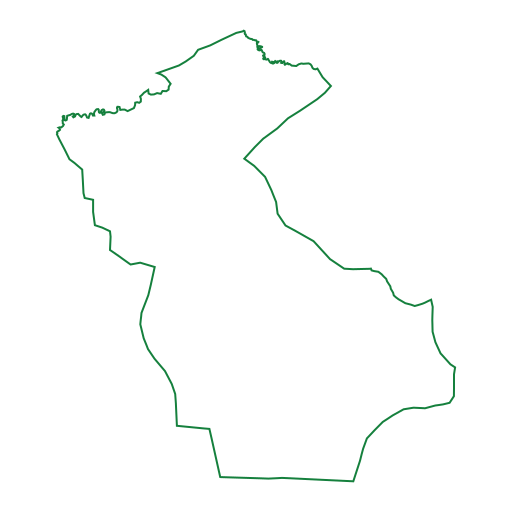 Puncak, Papua, Indonesia (Albers equal-area conic projection)
{"feature_id": "22746128B1222572676249", "entity_name": "Puncak", "entity_type": "district", "adm_level": 2, "iso_a3": "IDN", "parent_name": "Indonesia", "parent_adm1": "Papua", "projection": "albers", "projection_center": [137.288, -3.568], "detail": "fine", "context": "isolated", "style": "outline", "palette": "green", "viewbox_px": 512, "rotation_deg": 0, "n_neighbors": 0, "source": "geoboundaries", "source_scale": "gbopen_adm2", "svg_char_len": 5013}
<svg xmlns="http://www.w3.org/2000/svg" viewBox="0 0 512 512"><path d="M171.3,383.1L171.8,384.1L175.2,394.0L175.9,403.7L175.9,404.0L176.9,425.8L203.5,428.4L209.4,428.9L211.6,438.5L220.2,477.0L220.8,477.1L260.2,478.3L268.5,478.6L276.9,478.2L282.0,477.9L290.9,478.3L321.8,479.8L353.3,481.3L359.8,461.4L360.3,459.6L361.7,454.0L363.1,448.8L366.9,438.4L374.6,430.2L382.8,421.9L387.6,418.8L392.7,415.4L403.6,409.3L413.5,407.7L424.1,408.2L424.9,408.3L435.3,405.5L438.3,405.1L443.0,404.4L449.6,402.8L453.9,396.2L454.0,388.5L454.0,374.3L455.1,367.4L450.4,364.3L447.0,360.5L443.4,356.5L441.5,354.4L440.6,353.5L435.4,342.2L433.8,336.2L432.6,331.8L432.5,328.5L432.4,323.8L432.3,320.2L432.4,315.9L432.7,306.9L431.1,299.7L428.5,300.9L424.9,302.7L422.5,303.7L418.0,305.1L414.7,306.0L410.8,304.6L405.3,303.2L401.4,300.9L398.6,299.3L395.9,297.3L393.8,295.4L393.1,292.7L390.8,288.8L390.3,286.3L387.1,281.4L386.2,278.9L383.5,276.3L381.7,274.3L378.4,271.8L374.2,271.1L371.6,270.4L370.9,268.6L369.8,268.8L353.0,269.2L344.2,268.7L331.2,259.9L330.1,259.2L313.6,241.2L295.6,231.0L285.5,225.5L277.6,213.7L276.1,202.0L273.2,194.8L271.4,190.2L265.1,176.9L254.2,165.9L244.3,158.7L254.9,147.0L263.2,138.7L275.4,129.8L277.2,128.5L288.0,118.3L300.1,110.7L304.7,107.6L317.2,99.2L324.9,92.8L330.9,86.0L322.6,77.2L317.4,68.6L315.6,69.3L313.8,69.0L312.7,68.1L312.2,67.2L311.6,65.7L310.5,64.3L308.7,63.4L307.3,63.5L303.2,63.8L301.7,63.5L300.9,63.6L299.7,64.0L298.7,64.3L297.4,65.2L296.3,66.0L294.9,65.9L294.1,65.8L291.7,65.6L290.8,64.9L290.0,64.3L289.6,64.0L289.1,64.0L288.7,64.3L288.2,64.2L287.8,63.9L287.7,63.2L287.4,63.1L287.0,63.5L286.1,63.9L285.3,64.6L284.8,64.7L284.5,64.2L284.8,63.3L284.6,62.8L284.4,62.2L284.2,61.3L283.8,61.3L283.3,61.8L282.8,62.4L282.4,63.0L281.7,63.0L281.1,62.8L281.6,61.9L281.2,60.8L280.9,60.7L279.8,60.8L279.3,61.0L278.7,61.5L277.9,61.4L277.9,62.3L277.6,62.7L277.0,62.9L276.1,62.2L276.0,61.5L275.2,61.0L274.2,62.1L274.3,63.0L273.0,63.6L272.2,63.3L272.7,62.6L272.8,61.9L272.0,61.7L271.8,62.1L271.5,62.8L270.7,62.8L269.9,62.1L269.1,60.7L268.7,60.3L268.2,59.1L267.9,58.9L266.5,59.6L266.0,59.5L264.9,59.1L263.6,59.2L263.2,58.7L263.3,58.3L263.7,57.9L264.7,58.3L265.2,57.8L265.1,57.5L264.3,56.2L263.9,55.9L263.2,55.9L263.1,55.5L263.5,55.2L264.5,54.9L264.6,54.2L264.5,53.6L264.1,52.9L262.9,52.4L262.5,52.0L262.0,50.8L261.7,50.1L261.3,49.9L259.6,50.4L259.0,50.3L258.1,49.9L257.6,49.3L257.6,49.0L258.1,48.7L259.6,48.3L261.3,47.6L262.1,47.1L262.1,46.8L261.7,46.6L260.3,46.2L259.1,46.1L258.5,46.3L258.1,47.0L257.7,47.2L257.4,47.1L257.3,46.6L257.5,45.6L257.1,44.7L256.9,43.7L256.9,43.2L258.0,42.6L258.4,42.0L258.1,41.8L257.6,41.9L256.8,41.7L256.4,40.6L255.9,40.2L255.5,40.3L254.6,40.2L254.0,39.9L252.8,39.9L251.9,39.0L250.6,38.9L249.1,38.3L248.1,37.8L247.4,36.8L246.2,36.4L245.9,35.7L245.8,34.5L245.0,34.2L244.7,33.4L244.9,32.5L244.5,31.1L243.7,30.7L243.0,31.2L242.6,31.4L236.3,32.9L221.5,39.8L210.2,45.4L205.0,47.3L198.1,49.8L193.8,55.8L185.7,61.5L178.9,65.5L166.5,69.9L157.4,73.1L161.4,74.6L165.2,77.1L165.7,77.5L170.6,83.8L168.8,86.6L168.6,89.6L166.3,91.2L162.5,91.0L160.8,93.8L157.1,93.1L154.0,94.4L150.9,94.6L148.6,93.5L148.2,89.9L145.6,91.7L144.0,92.7L141.9,95.0L140.1,96.5L140.9,98.9L140.8,101.6L139.2,102.8L137.2,102.2L135.2,102.7L135.1,104.5L135.1,105.1L133.9,108.1L130.3,109.8L127.6,111.1L126.1,110.3L124.7,109.6L122.5,109.6L120.3,109.9L119.5,107.0L118.7,106.9L118.3,106.8L117.4,106.8L117.0,107.5L117.0,108.3L117.4,109.3L117.4,111.0L116.6,112.2L116.5,112.3L114.7,113.2L113.0,113.2L111.6,112.8L110.4,112.3L109.3,112.1L107.8,112.2L105.7,112.4L104.8,112.9L104.7,113.6L104.4,114.4L102.8,114.8L102.2,113.6L102.6,112.5L104.0,111.6L104.4,110.6L103.9,109.7L103.0,109.4L101.8,110.1L101.7,110.1L101.0,111.3L100.9,112.2L100.8,112.7L99.5,112.8L98.9,112.1L98.8,111.1L98.7,109.7L98.2,109.1L96.9,109.2L96.2,109.6L95.2,110.9L94.4,112.0L93.9,113.8L94.3,115.5L92.9,115.5L92.3,114.1L91.8,113.6L90.9,113.3L90.0,113.7L89.6,114.8L89.1,116.3L88.6,117.9L87.0,117.5L86.4,115.9L85.7,114.7L85.1,114.3L83.5,114.7L82.6,115.6L81.5,117.0L80.8,116.6L79.4,115.2L78.2,113.9L77.5,114.0L76.6,114.1L75.8,114.7L75.5,115.0L75.1,116.4L73.4,117.3L72.8,116.5L74.0,115.6L74.1,114.0L73.1,113.6L71.7,114.0L70.3,114.9L68.5,115.4L67.2,115.8L67.0,117.4L66.9,118.9L66.7,119.9L66.6,120.0L65.5,120.5L64.3,120.0L64.5,119.0L64.4,117.4L64.3,116.1L63.4,115.9L62.8,116.4L62.7,116.5L62.9,117.6L63.2,118.7L63.1,119.5L62.5,120.5L62.7,121.5L62.8,123.5L63.8,124.5L63.1,125.9L61.3,127.4L59.7,127.3L58.6,127.7L59.4,128.3L60.0,129.8L58.9,130.8L58.0,131.2L57.4,131.6L57.0,132.2L57.4,133.2L56.9,134.2L59.3,139.3L64.7,149.6L69.5,159.3L74.4,162.9L82.2,169.6L82.8,179.9L83.5,193.2L84.7,198.0L93.1,199.8L93.1,211.3L93.1,211.9L94.9,225.2L102.2,227.6L110.0,231.3L110.6,236.7L110.0,250.0L119.7,256.7L122.0,258.4L129.0,263.4L130.6,264.5L140.2,262.7L154.7,267.0L151.1,283.4L150.8,284.8L148.3,295.2L144.8,304.3L142.8,309.5L141.5,312.9L141.1,316.9L140.7,320.3L140.3,324.3L143.7,338.3L146.3,344.7L148.0,349.1L154.5,358.7L165.0,371.1L171.3,383.1Z" fill="none" stroke="#15803d" stroke-width="2"/></svg>